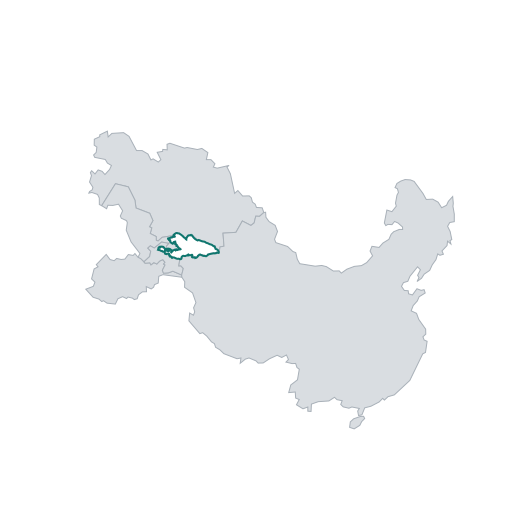 Kyrgyzstan highlighted, orthographic projection, rotated 21°
{"feature_id": "KGZ", "entity_name": "Kyrgyzstan", "entity_type": "country or territory", "adm_level": 0, "iso_a3": "KGZ", "parent_name": "Asia", "parent_adm1": "", "projection": "orthographic", "projection_center": [73.132, 41.224], "detail": "fine", "context": "with_neighbors", "style": "outline", "palette": "teal", "viewbox_px": 512, "rotation_deg": 21, "n_neighbors": 5, "source": "natural_earth", "source_scale": "50m", "svg_char_len": 10375}
<svg xmlns="http://www.w3.org/2000/svg" viewBox="0 0 512 512"><g transform="rotate(21 256 256)"><path d="M247.7,212.6L245.1,217.7L241.5,218.9L242.4,225.8L240.3,229.3L230.7,228.2L228.8,241.1L217.0,246.5L222.6,258.3L219.2,260.4L220.0,264.4L216.7,263.6L214.0,261.3L197.8,261.2L196.0,262.0L188.6,259.2L185.7,260.7L184.9,264.8L176.5,262.4L173.1,263.3L171.8,266.3L161.7,272.2L159.2,277.1L157.2,277.0L155.9,273.6L149.2,272.9L148.6,267.1L146.1,266.9L147.1,259.9L141.5,254.2L126.8,254.2L123.0,247.3L112.0,237.2L98.9,238.9L93.9,264.3L91.3,264.1L88.9,258.0L86.0,255.3L80.1,255.5L77.4,257.2L77.5,255.5L79.4,252.9L79.1,250.3L74.1,246.6L73.6,239.9L71.5,237.5L72.0,235.3L76.3,237.1L77.8,232.2L82.0,232.1L85.8,234.1L88.3,227.7L88.6,223.3L84.0,222.5L80.7,219.9L70.1,221.7L68.2,219.9L69.7,216.6L68.4,211.3L65.2,210.5L63.2,204.9L67.4,200.6L66.7,198.9L72.5,192.7L75.3,197.8L77.5,193.2L88.2,188.3L94.6,189.8L106.7,200.4L111.9,198.4L118.6,199.5L123.5,204.0L125.1,202.2L131.1,203.3L132.7,200.2L126.6,194.6L131.3,191.8L130.8,189.9L135.1,188.7L132.9,183.6L135.2,181.6L150.6,180.9L152.8,179.4L163.1,177.6L166.9,175.0L174.0,176.7L175.1,183.8L179.4,182.2L184.6,184.6L184.3,188.3L188.3,187.9L198.4,181.1L197.0,183.3L202.6,188.4L213.6,205.2L215.6,201.4L222.0,204.8L228.1,202.3L230.7,203.3L233.4,207.0L236.7,207.9L239.0,210.5L244.5,208.8L247.7,212.6Z" fill="#d9dde1" stroke="#a8b0b8" stroke-width="1"/><path d="M93.9,264.3L98.9,238.9L112.0,237.2L123.0,247.3L126.8,254.2L141.5,254.2L147.1,259.9L146.1,266.9L148.6,267.1L149.2,272.9L155.9,273.6L157.2,277.0L159.2,277.1L161.7,272.2L171.8,266.3L173.3,267.1L168.8,271.5L172.7,274.2L176.4,272.6L182.7,276.3L175.8,281.3L169.5,280.7L168.8,278.7L170.0,275.5L162.9,276.8L158.2,285.0L153.7,284.4L152.2,287.4L156.0,289.3L156.9,294.6L153.5,301.5L146.3,299.5L146.7,295.2L134.3,287.6L125.6,278.4L123.9,270.9L122.4,269.4L116.7,269.0L115.0,267.3L115.3,261.6L109.1,256.9L104.2,260.1L99.5,261.7L99.6,265.4L93.9,264.3Z" fill="#d9dde1" stroke="#a8b0b8" stroke-width="1"/><path d="M146.3,299.5L149.4,299.8L155.1,302.5L159.3,300.4L161.1,301.9L163.0,298.8L166.3,299.0L167.9,295.2L170.3,292.8L173.3,294.5L172.6,296.6L174.3,297.0L173.7,302.9L175.8,305.2L180.3,303.1L183.8,300.0L193.4,300.4L194.4,302.4L175.8,306.8L172.5,309.8L174.4,316.3L171.5,319.1L171.6,321.8L170.0,324.3L164.5,323.9L166.6,328.6L162.8,330.2L160.2,334.3L160.4,338.5L158.0,340.3L155.8,339.6L151.2,340.2L150.4,342.1L146.0,341.8L142.4,345.4L141.9,351.3L133.8,353.4L129.7,352.4L128.3,353.8L124.8,352.5L118.7,352.9L109.0,348.0L115.0,342.6L115.0,338.1L110.7,336.3L109.5,326.1L112.4,322.7L110.0,321.3L115.6,308.2L121.0,311.6L125.3,311.2L126.8,308.2L131.3,307.6L134.7,305.9L136.3,300.4L141.1,299.5L142.1,297.1L146.3,299.5Z" fill="#d9dde1" stroke="#a8b0b8" stroke-width="1"/><path d="M153.5,301.5L156.9,294.6L156.0,289.3L152.2,287.4L153.7,284.4L158.2,285.0L162.9,276.8L170.0,275.5L168.8,278.7L169.5,280.7L171.7,280.5L169.7,282.7L163.9,281.3L163.2,285.3L169.1,285.0L175.8,287.4L186.0,286.4L187.5,292.9L189.3,292.1L192.6,293.7L193.4,300.4L183.8,300.0L180.3,303.1L175.8,305.2L173.7,302.9L174.3,297.0L172.6,296.6L173.3,294.5L170.3,292.8L167.9,295.2L166.3,299.0L163.0,298.8L161.1,301.9L159.3,300.4L155.1,302.5L153.5,301.5Z" fill="#d9dde1" stroke="#a8b0b8" stroke-width="1"/><path d="M409.6,382.2L404.8,382.4L403.5,377.1L405.5,373.0L410.9,368.4L413.9,367.1L415.7,368.8L414.0,372.7L413.6,376.9L409.6,382.2ZM220.0,264.4L219.2,260.4L222.6,258.3L217.0,246.5L228.8,241.1L230.7,228.2L240.3,229.3L242.4,225.8L241.5,218.9L245.1,217.7L247.7,212.6L249.3,211.7L251.4,216.3L255.9,219.2L262.9,220.5L267.3,225.4L267.3,233.7L269.7,236.4L282.1,235.8L288.8,238.6L291.9,238.6L295.7,244.2L299.6,247.5L314.9,244.3L320.7,241.3L325.5,240.7L333.6,242.3L339.0,240.1L341.8,241.4L345.6,235.7L351.6,230.4L357.9,227.2L361.7,222.5L364.8,214.1L360.7,210.5L360.8,205.4L367.8,203.9L369.8,198.5L374.1,192.8L374.4,187.2L375.9,183.9L380.3,179.8L383.4,178.7L382.4,176.4L376.8,174.3L373.0,174.1L371.7,178.0L367.8,179.2L366.3,181.1L364.0,179.2L361.7,166.2L367.0,165.9L369.1,159.2L367.3,156.7L365.8,148.6L366.2,145.6L363.9,142.5L361.3,142.3L361.6,137.7L364.3,134.2L367.8,131.2L373.0,129.6L376.9,129.7L389.5,137.8L394.7,142.2L400.6,139.6L406.8,140.5L412.0,144.4L415.7,140.4L416.0,136.0L418.3,130.0L421.3,136.1L422.1,139.1L426.1,145.8L428.8,152.9L424.9,155.3L424.2,159.6L428.5,163.6L432.9,170.5L431.6,172.1L433.7,175.0L429.5,173.5L430.6,177.8L427.8,184.6L430.3,187.2L427.5,189.4L424.9,188.9L425.3,194.9L423.7,201.1L423.3,207.2L419.5,212.7L418.5,217.5L415.5,222.1L415.9,217.8L413.8,216.1L414.4,209.9L410.7,208.2L407.0,219.7L406.8,225.2L403.2,228.0L402.7,232.2L406.8,235.0L410.5,233.9L412.0,236.6L416.0,236.3L418.0,228.9L422.5,228.9L425.0,227.2L427.2,229.9L422.9,235.6L422.7,240.2L420.5,245.9L420.5,251.6L426.4,252.0L430.7,256.9L440.6,263.5L442.5,268.1L440.8,271.6L443.1,274.2L446.3,274.3L448.8,285.3L446.7,287.6L444.2,317.0L434.9,336.1L429.7,340.0L427.5,344.5L425.3,343.5L423.3,348.1L417.1,355.1L411.9,358.8L411.8,366.3L408.9,368.2L406.5,364.3L407.1,361.3L399.6,362.6L397.3,364.8L391.5,365.6L388.3,364.2L388.3,360.2L383.1,361.1L379.9,359.8L376.0,365.2L366.3,369.7L360.8,374.4L363.1,381.4L360.0,382.3L358.5,378.4L354.6,381.8L347.1,380.4L347.8,374.5L343.9,374.4L341.4,368.9L335.5,371.8L334.7,363.9L339.1,356.7L337.0,346.2L334.2,345.4L331.5,342.1L328.3,343.5L322.0,344.3L323.4,341.0L319.9,337.5L316.4,341.5L311.3,341.1L305.5,347.0L301.0,353.3L296.4,355.2L293.6,353.9L286.0,353.7L283.0,356.1L279.7,361.8L278.5,356.6L275.1,358.7L261.0,358.7L255.8,356.5L251.0,355.7L248.6,352.7L245.2,352.1L238.7,348.4L233.7,346.7L231.4,348.6L216.6,340.6L214.5,333.0L218.8,333.7L218.8,330.1L216.3,326.7L216.6,321.0L210.0,313.2L200.5,310.8L198.7,305.5L194.4,302.4L193.4,300.4L192.6,293.7L189.3,292.1L187.5,292.9L186.0,286.4L187.6,284.8L186.8,283.1L191.9,279.7L195.5,278.3L201.2,279.0L203.0,274.5L209.8,273.3L211.5,270.4L219.4,266.0L220.0,264.4Z" fill="#d9dde1" stroke="#a8b0b8" stroke-width="1"/><path d="M171.4,280.6L171.6,280.5L172.2,280.4L173.3,280.3L173.7,280.4L174.1,280.6L174.4,280.8L174.8,280.8L175.0,280.8L175.2,281.1L175.4,281.3L175.8,281.0L176.2,280.7L176.5,280.7L176.8,280.5L176.9,280.3L177.1,280.0L177.7,279.3L178.1,279.2L178.3,279.2L178.3,279.3L179.0,279.6L179.1,279.4L179.2,279.1L179.0,278.7L179.1,278.4L180.1,278.7L180.3,278.7L180.7,278.5L181.0,278.1L181.2,277.8L183.0,276.9L183.1,276.7L182.3,276.4L182.0,276.5L181.7,276.5L181.5,276.3L180.6,276.3L180.4,276.2L179.8,275.5L179.4,275.2L179.0,275.1L178.7,275.1L178.2,275.2L178.1,274.9L178.1,274.5L178.0,274.1L177.7,274.0L177.4,274.2L176.9,274.0L176.5,274.0L176.4,273.1L176.2,272.8L176.0,272.4L175.9,272.3L175.6,272.1L175.5,271.7L175.4,271.5L175.2,271.6L175.0,271.8L175.1,272.2L175.1,272.7L174.9,273.0L174.7,273.1L174.1,272.9L174.0,274.3L173.9,274.4L173.4,274.2L173.0,274.3L172.4,274.2L172.0,273.9L171.6,273.9L171.1,273.6L170.7,273.4L170.5,272.4L170.2,272.0L169.1,272.3L168.8,272.0L168.2,271.6L167.7,271.5L167.6,271.3L167.6,271.1L169.1,270.1L169.7,269.3L170.0,269.0L170.5,268.8L170.9,268.7L171.1,268.1L171.5,267.9L172.1,267.7L173.2,267.1L173.2,266.9L172.7,266.5L172.2,266.2L171.9,266.3L171.7,266.5L171.5,266.1L171.5,265.8L171.8,265.3L172.1,265.0L172.2,264.5L172.6,264.1L172.9,263.6L173.4,263.1L174.3,262.8L174.8,262.9L175.2,262.8L175.9,262.5L176.0,262.5L176.3,262.5L178.1,263.0L178.7,263.0L180.1,263.6L180.7,263.7L181.1,263.9L181.3,264.1L181.7,264.4L183.4,264.7L183.9,264.8L184.0,265.1L184.5,265.4L185.0,265.5L184.6,264.2L184.7,263.4L185.3,261.3L185.6,261.0L186.1,260.7L187.0,260.4L187.3,259.9L188.0,260.0L188.3,259.9L188.5,259.9L188.6,259.6L189.4,260.0L190.7,260.9L191.7,261.4L192.9,261.9L194.6,262.3L196.0,262.4L196.7,261.6L197.0,261.6L197.5,261.6L199.0,261.6L200.4,261.6L201.1,261.5L202.7,261.1L202.9,261.1L203.2,261.1L204.2,261.4L204.9,261.5L205.3,261.4L205.6,261.5L206.2,261.4L207.1,261.4L208.2,261.6L209.6,261.5L210.0,261.4L210.8,261.4L211.4,261.6L212.2,261.9L212.7,261.9L213.0,262.0L213.6,261.9L213.9,261.8L214.1,261.9L214.4,262.6L214.9,263.0L215.3,263.4L215.6,263.8L216.0,263.9L216.5,263.9L217.6,263.9L218.2,264.1L219.0,264.8L219.8,265.5L220.0,265.9L220.1,266.4L220.0,266.5L219.9,266.6L218.4,266.9L218.0,267.0L217.7,267.7L216.4,268.4L215.6,268.7L215.3,268.7L214.6,269.2L212.5,270.5L211.5,271.3L211.0,271.6L210.6,271.9L210.6,272.3L210.6,272.6L209.5,274.1L208.6,274.3L207.9,274.3L207.4,274.6L206.7,274.8L205.1,274.7L204.5,274.8L203.5,274.6L203.1,274.8L202.6,275.1L202.1,276.3L201.8,276.5L201.7,276.8L201.7,277.4L201.5,278.0L201.2,278.5L201.0,278.9L200.5,279.3L200.1,279.6L199.8,279.1L199.5,279.2L199.3,279.5L198.8,279.4L198.5,279.5L197.8,280.0L196.7,280.0L196.6,279.9L196.4,278.6L196.2,278.0L196.0,277.8L195.8,277.8L194.4,278.9L193.7,279.1L193.1,279.1L192.3,278.8L192.2,278.9L192.1,279.1L192.0,279.3L192.2,279.9L192.2,280.0L191.8,280.0L191.4,280.1L191.0,280.4L190.0,281.4L189.1,281.7L188.2,281.8L187.9,282.0L187.7,282.1L187.4,282.5L187.1,283.2L187.0,283.6L186.9,283.8L186.9,284.0L187.1,284.4L187.3,285.1L187.3,285.3L187.1,285.7L186.8,286.0L186.3,286.2L185.8,286.3L185.5,286.2L184.9,286.2L184.5,286.3L184.2,286.5L183.6,286.8L183.0,286.9L182.1,286.9L181.7,286.9L180.4,286.7L180.0,286.8L179.6,286.9L178.9,287.0L178.5,287.5L178.3,287.9L178.2,287.9L177.7,287.6L177.4,287.2L177.2,286.9L176.9,286.9L175.9,287.4L175.7,287.4L175.5,287.2L175.5,286.7L175.5,286.4L175.2,286.2L174.5,286.2L174.3,286.0L174.3,285.7L174.4,285.4L174.3,285.2L174.1,285.1L173.7,285.1L173.3,285.3L173.0,285.5L172.6,285.6L172.2,285.7L171.9,285.8L171.6,286.4L170.4,286.5L170.1,286.3L169.8,285.9L169.4,285.3L169.2,285.2L168.9,285.1L168.3,285.1L167.5,285.3L167.3,285.1L167.1,285.0L166.9,285.2L166.7,285.2L165.9,285.2L164.9,285.2L164.3,285.0L164.0,285.0L163.2,285.3L162.8,285.2L162.3,285.3L162.3,284.3L162.0,283.6L162.1,283.1L162.4,282.5L162.5,282.2L162.8,282.3L163.2,282.6L163.4,282.5L163.5,282.3L163.4,282.0L163.4,281.8L163.6,281.6L163.8,281.3L165.0,280.9L166.1,280.7L166.7,280.9L167.7,281.4L168.3,281.7L168.7,281.8L169.0,282.5L169.5,282.4L169.6,282.2L169.7,281.6L170.2,281.3L171.4,280.9L171.5,280.7L171.4,280.6ZM172.7,283.0L172.8,282.9L172.6,282.4L172.9,281.9L172.3,281.9L172.1,281.7L171.8,281.2L171.7,281.2L171.5,281.3L171.4,281.6L171.5,282.0L171.8,282.3L171.7,283.0L172.0,283.1L172.4,283.1L172.7,283.0ZM170.0,283.4L169.8,283.2L169.3,283.1L168.9,283.0L169.0,283.4L169.2,283.7L169.5,283.7L170.0,283.4ZM175.8,282.7L175.9,282.4L175.7,282.4L175.6,282.5L175.3,282.5L175.2,282.7L175.4,282.9L175.7,283.0L175.8,282.7Z" fill="none" stroke="#0f766e" stroke-width="2"/></g></svg>